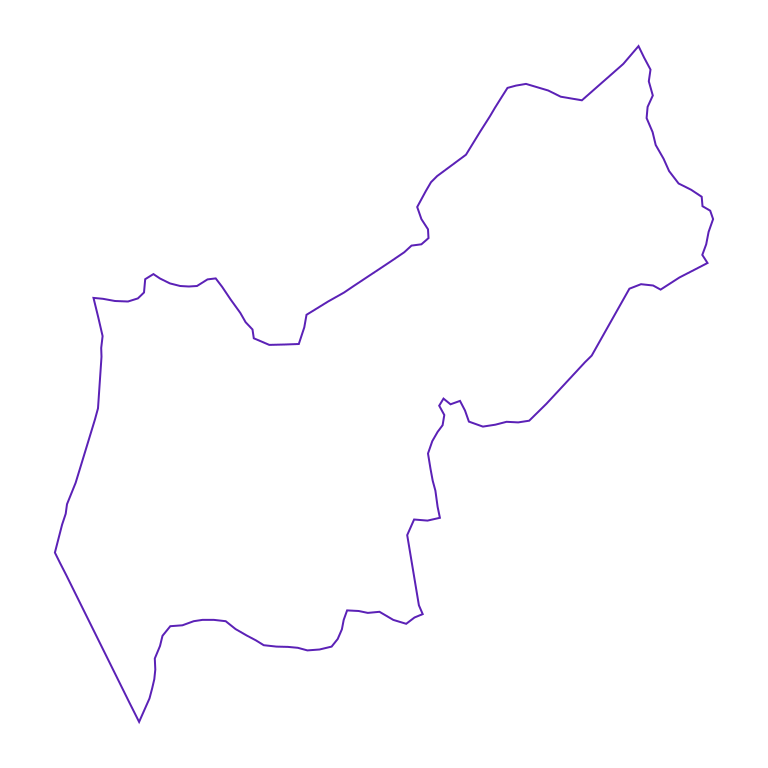 Conceição do Almeida, Bahia, Brazil
{"feature_id": "56859067B50391842277860", "entity_name": "Conceição do Almeida", "entity_type": "district", "adm_level": 2, "iso_a3": "BRA", "parent_name": "Brazil", "parent_adm1": "Bahia", "projection": "mercator", "projection_center": [-39.241, -12.859], "detail": "fine", "context": "isolated", "style": "outline", "palette": "violet", "viewbox_px": 768, "rotation_deg": 0, "n_neighbors": 0, "source": "geoboundaries", "source_scale": "gbopen_adm2", "svg_char_len": 2010}
<svg xmlns="http://www.w3.org/2000/svg" viewBox="0 0 768 768"><path d="M67.0,504.2L65.7,513.8L62.1,524.6L54.9,552.6L60.1,563.1L66.2,575.0L129.3,702.4L139.1,721.9L149.5,698.4L152.2,688.2L154.3,679.2L155.3,669.6L154.8,658.5L160.0,646.0L162.5,635.8L170.3,626.2L182.4,625.3L193.7,621.2L202.3,619.9L214.1,619.9L225.7,621.2L235.6,629.1L246.7,635.5L255.8,640.3L263.7,645.2L276.5,646.6L288.0,646.9L297.8,647.8L307.4,650.4L319.5,649.5L331.6,646.6L337.7,639.0L341.9,629.3L343.7,619.9L347.1,610.4L358.7,611.0L367.8,612.9L379.5,611.8L393.3,619.9L406.2,623.8L414.5,617.5L422.7,614.1L418.9,605.3L407.2,535.1L414.1,519.5L427.5,520.6L439.9,517.8L437.6,506.8L435.4,490.7L432.7,480.7L430.5,468.8L428.0,453.5L432.3,441.1L437.6,431.9L442.6,425.2L444.3,415.0L439.2,405.7L443.5,398.6L450.5,404.3L460.0,400.9L465.0,410.5L468.9,421.6L482.9,426.6L495.3,424.7L506.6,421.8L518.2,422.4L529.2,420.7L546.4,403.8L584.9,362.3L591.7,355.6L629.4,288.7L641.0,284.2L653.1,285.5L660.6,289.6L679.4,277.5L707.5,263.0L702.3,254.9L706.2,244.3L708.6,231.9L713.1,219.1L710.2,210.7L702.5,206.2L701.7,196.8L691.2,189.8L678.6,183.5L669.1,171.1L663.6,158.8L655.7,145.0L652.6,132.1L646.6,118.1L647.6,106.9L652.8,95.5L648.8,81.3L650.5,69.6L644.1,57.6L638.5,46.1L623.3,63.9L581.9,100.3L560.7,96.7L548.2,90.5L526.0,83.9L516.0,85.6L507.5,87.9L501.9,96.7L495.0,107.7L489.8,116.5L480.3,131.4L466.0,154.7L456.4,161.8L437.1,176.1L431.0,182.2L425.8,191.1L417.2,207.0L421.4,219.1L428.0,229.3L428.5,238.1L421.4,244.3L411.5,245.6L404.2,252.3L389.9,262.0L362.6,280.1L353.7,286.0L344.1,292.5L328.1,301.5L306.5,314.8L304.3,327.3L298.8,344.0L285.0,344.5L269.3,344.9L253.8,338.3L252.5,329.5L245.6,322.2L240.3,312.9L230.7,299.6L222.1,286.8L215.7,278.4L207.5,279.4L197.0,286.0L188.8,286.5L180.2,286.0L169.9,283.4L160.0,278.5L153.4,274.1L145.2,279.2L144.0,292.5L137.9,298.4L128.0,301.5L115.0,301.0L102.9,298.8L93.5,297.9L98.2,317.1L102.6,336.1L101.2,348.0L101.5,356.8L98.0,408.3L95.0,419.3L81.2,464.6L75.6,482.9L67.0,504.2Z" fill="none" stroke="#5b21b6" stroke-width="2"/></svg>